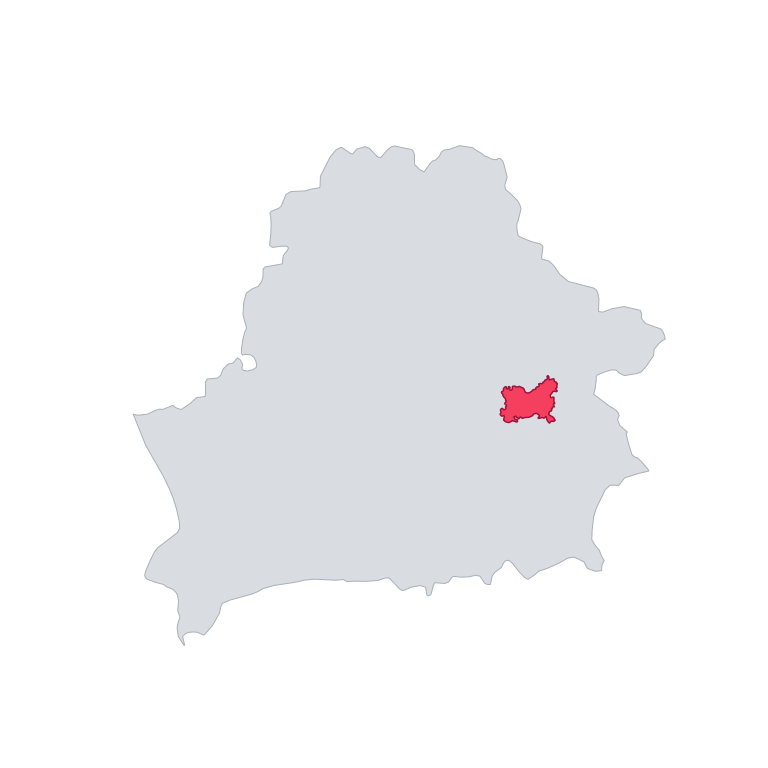 Rahachow, Gomel, Belarus shown in context, rotated 344°
{"feature_id": "67162791B93010244041694", "entity_name": "Rahachow", "entity_type": "district", "adm_level": 2, "iso_a3": "BLR", "parent_name": "Belarus", "parent_adm1": "Gomel", "projection": "albers", "projection_center": [30.185, 53.104], "detail": "fine", "context": "in_parent", "style": "filled", "palette": "rose", "viewbox_px": 768, "rotation_deg": 344, "n_neighbors": 0, "source": "geoboundaries", "source_scale": "gbopen_adm2", "svg_char_len": 8357}
<svg xmlns="http://www.w3.org/2000/svg" viewBox="0 0 768 768"><g transform="rotate(344 384 384)"><path d="M614.5,540.6L603.1,540.1L589.4,540.6L581.8,546.1L573.4,543.6L567.5,546.7L554.1,561.6L548.8,569.6L543.8,581.8L540.8,590.9L542.5,597.2L545.1,603.1L545.7,609.4L547.0,614.4L543.6,618.1L541.7,623.3L535.8,622.4L528.7,617.4L527.2,610.2L521.8,605.1L518.2,602.5L512.3,602.1L502.8,604.4L490.5,606.2L481.1,606.6L476.0,609.1L468.5,611.5L465.6,608.5L461.5,600.3L458.2,592.1L455.9,588.4L453.9,587.4L451.4,587.6L448.5,590.1L446.3,592.7L438.4,595.7L435.0,598.5L431.0,606.0L428.5,605.4L426.0,603.6L423.2,595.1L419.2,593.1L412.6,592.8L404.6,590.9L398.1,588.1L395.7,588.7L391.7,592.1L387.5,592.5L378.3,589.1L376.5,590.5L370.9,599.5L368.3,599.9L367.0,598.7L368.0,590.7L362.8,587.6L353.7,586.8L347.3,587.8L344.2,587.3L342.7,585.7L335.5,571.8L331.4,570.8L324.1,571.1L313.3,569.0L301.0,565.3L294.2,563.9L290.8,560.7L283.1,559.2L262.9,552.3L254.5,550.8L242.2,549.9L223.4,547.4L211.3,547.3L205.6,548.8L199.0,549.5L176.6,549.3L168.4,550.2L165.9,552.8L162.8,558.8L152.6,568.8L143.0,575.1L141.3,575.6L136.4,571.3L132.1,569.7L127.0,568.8L123.3,569.7L120.8,571.3L120.4,579.6L119.8,580.2L116.7,570.1L117.9,561.2L120.5,556.3L123.6,552.0L123.2,545.0L126.6,536.2L127.3,529.7L126.4,526.7L124.6,523.3L119.2,519.1L116.9,516.0L109.4,511.5L102.1,506.0L101.1,503.0L101.6,501.0L103.3,498.2L110.0,489.9L117.2,482.0L121.6,478.9L144.2,470.0L147.9,466.4L149.3,460.0L150.1,446.9L149.8,434.8L148.9,426.4L146.2,410.6L138.1,377.6L134.6,343.9L138.7,346.2L148.6,347.8L156.8,346.3L160.9,346.3L164.6,347.4L175.2,346.4L177.5,349.6L182.0,352.6L191.5,349.6L200.0,345.5L208.5,346.7L209.8,344.5L212.8,332.9L215.5,330.5L225.5,332.4L229.4,330.6L233.7,325.0L239.9,321.9L244.8,322.2L250.3,318.5L252.6,321.4L253.5,326.3L251.6,330.1L252.2,331.7L255.7,333.8L261.8,334.1L265.8,332.8L266.9,330.6L267.1,326.6L266.4,322.8L264.0,319.3L259.2,317.4L255.9,317.1L255.4,315.0L256.8,310.7L260.4,302.7L264.5,295.6L266.9,293.0L267.5,290.4L267.3,286.0L267.7,278.0L271.7,266.9L276.6,258.8L282.7,256.4L290.0,255.4L294.8,251.6L297.3,247.2L299.7,240.0L302.1,238.7L319.3,240.5L322.3,233.4L323.9,231.5L327.3,229.5L329.7,227.1L328.9,225.0L324.6,223.5L314.3,221.9L312.4,219.4L313.2,216.6L316.3,209.3L319.4,199.8L321.1,192.4L321.5,188.1L323.0,187.0L331.5,186.0L334.3,184.6L342.0,174.8L347.5,173.4L361.5,176.6L368.0,176.6L376.2,177.6L376.9,176.6L380.2,166.7L394.6,151.1L402.2,145.8L406.9,144.7L408.6,145.0L415.8,153.7L417.5,154.1L422.6,150.7L431.1,150.6L435.0,153.6L440.5,164.1L443.4,165.4L451.9,159.8L456.6,157.9L459.6,158.1L475.3,166.3L476.4,168.9L476.4,172.0L473.9,181.4L477.1,187.2L480.9,191.2L489.1,184.8L492.1,183.0L495.4,182.9L499.8,180.5L503.0,176.9L506.0,175.7L511.8,176.5L522.3,175.7L534.6,181.4L535.6,183.1L541.8,189.8L544.0,193.1L546.0,194.1L549.3,197.4L553.7,199.4L556.7,198.7L558.2,199.8L559.6,202.4L559.8,206.7L559.4,219.2L555.1,225.8L554.5,228.1L554.7,230.9L558.3,236.2L562.9,244.6L564.0,249.4L564.1,253.1L558.0,263.9L555.9,266.4L554.5,271.7L553.8,277.1L554.3,279.3L564.8,287.7L572.6,292.3L574.4,294.5L574.6,295.9L570.6,305.1L570.2,307.6L576.5,311.3L580.0,317.3L583.2,327.0L589.4,336.2L611.9,349.5L613.9,351.9L614.6,354.8L614.1,361.3L610.2,373.5L614.1,375.2L624.0,374.5L636.1,375.7L650.8,383.9L650.9,387.8L649.6,391.4L650.7,395.1L652.4,398.2L665.2,407.4L666.5,410.2L666.9,414.8L666.7,418.3L663.2,419.1L659.4,420.9L653.2,425.2L650.9,431.1L640.8,439.4L634.5,443.3L629.5,443.6L617.4,442.2L613.0,438.3L611.2,434.7L606.5,433.2L600.4,433.2L591.9,434.0L590.2,435.1L588.8,439.6L585.3,447.3L582.8,451.6L593.9,466.6L599.5,472.7L601.3,476.5L601.3,479.2L598.7,482.5L599.2,488.9L604.7,497.3L603.0,498.6L602.6,509.1L602.9,520.2L604.4,522.8L607.3,525.0L609.8,529.0L614.1,538.2L614.5,540.6Z" fill="#d9dde1" stroke="#a8b0b8" stroke-width="1"/><path d="M532.2,467.1L532.7,467.0L532.9,466.8L533.2,466.5L533.6,466.3L534.2,466.1L535.0,466.1L535.6,466.2L536.0,466.3L536.5,466.6L536.9,466.7L537.3,466.6L537.8,466.4L538.3,466.1L538.5,465.9L538.4,465.5L538.1,465.1L538.0,464.8L538.0,464.0L538.0,463.5L537.7,462.9L537.2,462.4L536.7,461.7L536.0,461.1L535.1,460.1L534.7,459.8L534.3,459.4L534.0,458.6L534.1,458.4L534.4,458.1L534.5,457.6L534.7,457.0L535.3,456.5L535.8,456.2L536.5,456.1L537.3,456.0L537.8,455.7L538.0,455.2L538.1,454.7L538.1,454.2L538.7,454.1L539.3,453.5L539.4,453.0L540.0,452.6L540.6,452.6L541.4,452.8L541.4,452.1L541.4,451.2L541.3,450.7L541.3,450.1L541.7,449.8L542.2,449.7L542.7,449.7L542.8,448.9L542.6,448.5L542.5,447.8L542.7,447.1L542.8,446.4L543.0,446.0L543.2,445.4L543.3,444.9L543.5,444.4L543.5,444.0L543.5,443.6L543.1,443.4L542.6,443.2L542.0,443.2L541.2,443.2L540.6,443.0L540.4,442.4L540.5,441.2L541.0,440.3L542.1,439.6L543.0,438.9L543.6,438.5L544.0,438.1L544.7,437.7L545.6,437.8L546.1,438.2L546.6,438.4L547.7,438.8L548.4,438.6L548.5,438.1L548.2,437.4L547.7,436.4L547.7,435.8L548.0,435.6L548.3,435.5L548.7,435.5L549.3,435.1L549.3,434.4L549.6,433.7L549.8,433.1L550.1,432.4L550.4,432.0L550.7,431.5L550.7,431.1L550.4,430.9L550.0,430.6L549.8,429.4L549.5,429.4L548.9,428.9L548.6,428.4L548.6,427.7L548.6,426.9L548.6,425.8L547.0,425.6L545.0,425.6L544.1,425.6L543.9,424.7L544.2,423.7L544.3,423.0L544.4,422.3L544.1,421.5L543.5,421.2L542.8,421.7L542.8,421.8L542.8,422.5L542.7,423.2L542.6,423.7L542.1,424.2L541.6,424.4L540.9,424.6L540.1,424.5L539.7,424.8L539.4,425.3L539.1,425.6L538.8,425.8L538.1,425.9L537.3,426.1L536.9,426.7L536.5,427.2L535.9,427.2L535.3,427.0L534.6,426.7L533.9,426.6L533.1,426.5L532.9,426.6L532.6,427.2L532.8,428.1L532.6,428.5L532.3,428.9L531.7,429.1L531.1,429.0L530.7,429.0L529.9,429.0L528.8,429.7L528.7,430.2L528.3,430.7L527.8,430.7L527.0,430.7L525.6,430.7L524.9,431.0L524.3,431.6L523.4,431.9L522.4,432.2L521.6,432.4L520.3,432.4L519.1,432.1L518.5,431.6L517.7,430.9L517.3,429.5L517.2,428.0L517.1,427.1L516.5,426.1L514.6,424.7L513.9,424.0L513.3,423.6L512.7,423.6L511.9,423.6L510.9,423.6L510.4,423.5L509.8,422.6L509.2,422.1L508.1,421.9L507.0,421.7L506.5,422.3L506.3,423.1L506.2,423.7L505.8,424.4L505.3,424.7L505.2,424.8L504.5,425.0L504.1,424.9L503.3,424.5L503.2,424.0L503.3,423.6L503.8,423.1L504.1,422.5L504.2,421.8L503.5,421.0L502.9,420.9L502.7,421.2L502.5,421.6L502.2,422.3L501.7,422.6L501.2,422.8L500.7,422.4L500.6,422.1L500.6,421.5L500.7,420.6L500.3,420.1L499.9,420.1L498.8,420.5L498.3,420.8L498.0,421.1L497.7,421.3L497.4,421.7L497.3,422.3L497.2,423.0L496.8,423.4L496.3,423.5L495.6,423.7L495.0,423.9L494.6,424.6L494.6,425.0L494.9,425.8L495.3,426.4L495.2,427.4L495.2,428.0L495.5,429.2L495.8,430.0L496.2,430.4L496.5,431.2L496.6,432.1L496.5,432.9L496.5,433.3L496.8,434.0L496.3,434.6L495.8,435.1L495.0,435.6L494.7,436.0L494.8,436.6L495.1,437.3L495.8,438.2L495.8,438.7L495.3,439.3L494.5,439.6L494.5,440.8L494.1,441.4L493.6,441.7L492.8,441.9L491.8,441.5L491.6,441.0L490.9,440.0L489.9,440.1L489.4,440.4L489.3,440.5L488.9,441.0L488.7,441.7L488.6,442.7L488.7,443.3L488.6,443.8L488.2,444.3L487.7,444.6L487.4,444.9L487.4,445.7L487.7,446.5L488.1,447.1L489.0,447.5L489.8,447.4L490.5,447.3L490.7,448.0L490.6,448.7L490.3,449.3L489.9,449.9L489.6,450.7L489.1,451.5L489.4,452.2L489.7,452.7L490.1,453.4L490.5,453.8L491.1,454.2L491.6,454.6L492.9,455.2L493.3,455.5L494.2,455.3L494.9,455.3L495.4,455.2L496.4,455.0L496.6,454.7L496.9,454.6L497.4,454.6L497.7,454.9L498.8,455.6L499.4,455.9L499.8,456.3L500.2,456.6L500.8,457.0L501.7,457.0L502.0,456.8L502.1,456.1L502.1,455.6L502.0,455.0L501.6,454.7L500.9,454.5L500.5,454.3L500.2,453.8L500.1,453.3L500.1,453.0L500.2,452.3L499.7,451.6L500.0,451.3L500.5,451.4L501.0,451.4L501.3,451.3L501.5,451.2L501.8,451.2L502.1,451.7L502.2,452.4L502.3,452.8L502.7,453.1L503.2,453.3L503.4,453.9L503.5,454.5L504.1,454.5L504.5,454.3L504.8,454.0L505.2,453.7L505.4,453.6L506.3,453.4L506.7,453.7L506.7,454.2L507.4,455.0L508.1,455.2L509.1,455.1L509.8,455.1L510.8,455.2L511.9,455.4L512.5,455.6L513.3,455.8L514.1,455.9L514.8,455.9L515.8,455.7L516.6,455.6L517.3,455.5L518.1,455.4L518.5,455.1L518.8,454.7L519.3,454.3L520.0,454.1L521.1,454.1L522.0,454.3L522.9,454.5L523.2,455.0L523.7,455.6L524.3,456.4L524.5,457.3L524.3,458.1L523.8,458.3L523.4,458.4L523.0,458.7L522.8,459.2L523.2,459.7L523.9,459.8L524.7,459.8L525.4,459.7L525.9,459.7L526.6,459.9L527.3,460.2L528.1,460.8L528.9,460.8L529.3,460.7L529.8,460.3L530.2,460.0L530.5,459.9L530.7,460.1L530.9,460.7L530.9,461.5L530.8,462.5L530.8,463.3L530.9,464.3L531.2,465.1L531.5,465.9L531.9,466.7L532.2,467.1L532.2,467.1Z" fill="#f43f5e" stroke="#9f1239" stroke-width="1.5"/></g></svg>